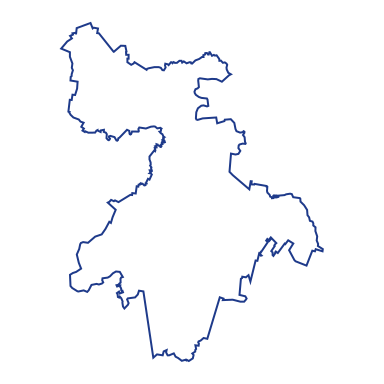 Medellín, Veracruz, Mexico
{"feature_id": "50627088B273730145329", "entity_name": "Medellín", "entity_type": "district", "adm_level": 2, "iso_a3": "MEX", "parent_name": "Mexico", "parent_adm1": "Veracruz", "projection": "orthographic", "projection_center": [-96.165, 18.992], "detail": "fine", "context": "isolated", "style": "outline", "palette": "blue", "viewbox_px": 384, "rotation_deg": 0, "n_neighbors": 0, "source": "geoboundaries", "source_scale": "gbopen_adm2", "svg_char_len": 5941}
<svg xmlns="http://www.w3.org/2000/svg" viewBox="0 0 384 384"><path d="M224.4,121.1L217.2,123.3L216.2,117.5L202.7,118.4L197.6,119.9L196.4,119.5L195.9,118.3L196.3,112.2L197.9,108.3L201.3,105.7L203.6,105.4L207.0,106.4L208.3,105.9L207.5,99.6L206.9,98.5L201.5,97.9L198.9,97.0L195.8,94.8L194.7,92.9L194.5,91.6L195.5,89.2L197.6,88.4L198.9,87.1L198.2,80.6L198.4,79.0L199.9,78.3L207.8,79.4L212.0,78.9L216.4,79.1L221.9,81.7L229.0,75.3L230.9,74.3L228.3,72.8L226.7,69.4L226.5,67.5L227.2,64.8L226.5,63.6L224.8,62.4L222.9,62.8L220.9,60.6L219.4,60.8L219.2,58.9L216.6,55.3L214.9,55.6L213.9,54.9L212.0,55.8L209.9,52.2L209.4,52.2L208.7,54.5L208.0,54.5L206.9,53.0L205.3,53.1L205.0,54.5L203.3,55.2L203.5,57.0L202.0,57.0L199.1,59.0L195.4,60.4L192.1,63.6L191.2,63.4L190.8,62.3L189.6,62.2L186.6,63.3L183.8,61.4L182.2,62.6L181.5,60.8L179.4,60.8L177.0,62.8L174.9,62.9L173.7,62.1L172.5,63.2L171.9,62.3L171.0,62.2L168.6,65.1L167.8,64.3L165.3,63.7L165.0,65.4L165.6,67.5L163.9,70.3L162.4,70.1L160.8,67.8L158.6,67.1L154.5,67.1L149.0,68.2L147.1,68.8L146.6,69.8L134.5,62.2L133.6,63.5L131.2,64.8L127.4,62.2L127.4,58.7L128.6,58.7L128.6,54.8L126.2,54.8L126.0,51.9L126.5,51.6L125.3,45.9L120.9,45.7L113.8,51.8L113.4,51.5L98.9,33.3L97.2,33.1L98.0,28.5L93.7,27.7L92.7,28.4L90.5,23.0L76.7,28.1L76.0,34.4L76.0,32.7L72.5,33.3L73.0,34.6L70.1,35.9L71.9,38.4L67.2,41.5L61.2,48.6L69.9,52.2L69.9,56.8L72.4,63.5L71.8,67.8L72.9,70.3L71.7,74.1L71.6,76.1L70.7,76.9L70.5,80.5L77.6,81.7L77.1,88.6L75.1,95.0L72.5,94.7L71.7,100.0L69.8,99.8L68.4,111.6L69.5,112.0L69.2,112.4L70.6,114.8L73.4,117.5L78.8,119.5L80.5,121.6L83.6,122.7L81.3,126.8L83.9,128.6L82.5,130.6L84.8,132.0L85.2,131.3L88.4,132.7L95.1,132.6L96.5,130.6L97.5,130.1L97.5,130.5L100.6,132.0L100.8,130.4L103.9,129.8L103.8,131.9L105.9,132.7L106.8,134.2L106.5,138.2L108.0,139.9L108.8,140.2L109.6,139.5L110.0,138.7L109.0,137.2L109.0,136.4L110.4,135.9L114.5,137.1L116.4,140.4L117.2,140.7L118.0,140.0L118.3,138.3L119.5,137.6L127.0,129.8L129.3,130.9L129.5,133.4L129.8,134.2L130.5,134.5L131.1,134.1L132.1,131.5L138.5,131.6L138.8,131.1L138.4,129.0L139.3,127.5L145.9,128.5L150.9,126.7L153.9,126.4L155.1,126.6L157.3,128.4L160.3,127.8L161.5,128.6L161.0,129.3L160.9,131.4L161.4,131.4L159.6,131.7L160.8,133.2L162.4,134.2L163.4,136.4L164.2,137.0L163.2,137.3L163.1,138.7L163.7,138.8L163.5,139.8L164.4,140.7L164.9,142.2L164.4,142.4L163.4,140.8L162.6,140.6L163.1,141.7L162.2,141.8L161.8,142.7L162.6,143.2L162.6,144.0L161.6,144.1L160.6,145.2L161.5,146.1L160.9,147.0L160.3,146.9L159.6,145.7L157.8,145.6L157.7,144.6L156.5,144.2L156.6,145.7L155.2,146.2L156.3,147.5L154.7,147.9L155.4,150.3L155.1,151.2L154.2,150.5L149.5,156.5L149.5,159.5L150.6,162.4L150.7,164.7L150.1,165.6L151.4,167.3L151.0,167.9L151.9,171.0L151.1,171.8L150.5,171.4L150.8,170.2L149.7,170.3L150.5,172.5L149.7,173.2L150.9,173.4L151.8,174.5L149.5,179.6L148.0,178.8L146.1,182.7L146.5,183.4L145.6,183.5L145.6,185.0L145.1,185.3L144.3,185.4L142.5,183.7L141.5,184.0L140.8,183.2L139.8,183.9L139.8,184.6L138.6,184.7L138.3,186.6L136.7,186.3L135.7,193.5L132.3,193.1L132.1,195.0L130.4,194.8L118.5,202.1L115.0,200.4L113.9,201.2L111.1,199.9L109.4,201.8L107.8,202.6L115.7,209.8L112.6,217.2L110.9,222.9L109.3,221.8L105.5,228.9L101.7,234.4L95.2,236.6L88.0,242.8L83.1,242.1L80.9,243.0L80.2,244.2L79.2,249.0L76.8,254.5L78.8,262.8L81.1,268.6L76.2,271.9L72.9,273.0L70.0,274.8L70.5,286.0L72.2,288.0L77.3,291.2L78.3,291.5L83.7,290.4L87.2,291.9L88.7,290.3L91.5,284.9L96.6,283.9L98.9,284.5L102.0,283.5L103.2,282.4L102.2,280.2L102.5,278.3L107.7,277.6L110.0,276.3L112.9,273.3L116.0,271.5L119.8,271.9L122.8,277.0L121.2,277.5L120.5,278.7L120.6,282.6L119.2,283.7L119.1,284.5L116.5,285.2L117.1,286.5L120.3,285.5L120.2,286.9L121.1,288.3L121.3,290.5L121.9,291.2L122.5,290.9L123.0,292.3L119.7,293.5L119.0,291.6L116.9,293.1L117.6,294.4L117.9,297.0L119.2,297.6L119.8,296.6L121.3,298.3L122.6,301.4L122.4,302.7L123.0,306.5L124.4,308.5L127.9,304.8L128.6,303.1L127.1,299.4L127.8,298.4L135.1,297.4L137.8,294.5L139.0,290.7L143.4,291.4L153.3,357.7L157.0,354.4L162.7,355.3L163.7,351.4L166.6,350.1L166.1,352.4L167.6,355.3L169.2,355.3L173.8,353.4L175.6,356.7L178.1,358.0L181.8,360.8L185.1,359.9L186.1,360.3L186.1,359.7L186.5,359.7L188.8,361.0L192.8,358.4L193.6,355.0L192.3,353.5L195.2,351.6L195.3,349.9L196.1,349.0L195.4,345.3L198.6,345.7L198.9,343.7L198.2,342.3L198.6,341.4L200.6,340.6L203.6,338.0L207.3,338.8L219.8,297.3L223.5,298.6L222.9,300.1L232.7,299.7L240.5,301.7L244.1,301.7L246.1,299.4L246.6,298.5L245.3,296.3L239.5,294.9L240.9,278.8L242.1,278.0L242.3,276.7L245.9,277.3L248.5,275.2L250.4,281.6L255.6,260.5L257.4,260.8L259.1,253.7L260.9,255.7L261.5,255.5L259.4,253.5L260.8,251.9L261.0,252.2L267.8,242.1L266.2,240.6L267.3,239.0L269.3,240.9L270.3,239.7L269.6,238.9L270.8,237.4L276.3,243.1L274.8,244.5L274.3,245.7L274.7,246.1L271.3,251.1L272.6,252.4L272.6,255.1L273.4,255.9L275.7,252.6L275.3,252.2L275.8,251.5L277.8,253.0L284.7,243.6L285.3,244.1L288.2,240.3L293.3,243.5L289.1,250.2L294.4,260.1L295.6,261.3L306.5,265.6L312.3,250.7L315.0,251.3L315.7,249.2L322.5,251.3L322.8,249.1L317.9,246.0L318.1,243.9L316.7,240.5L317.2,236.4L315.4,231.1L315.5,227.3L313.3,225.5L313.3,223.3L312.5,221.6L309.9,220.8L309.1,217.3L307.5,215.2L307.1,209.9L304.1,205.2L300.5,201.6L300.3,198.7L299.8,198.1L293.2,197.2L291.8,194.1L290.1,193.7L286.2,194.3L284.5,195.1L278.8,195.6L278.4,196.9L277.6,197.1L277.7,195.7L276.6,195.5L276.1,195.9L276.2,197.4L275.3,197.4L275.2,195.5L273.8,195.4L273.3,195.8L273.3,198.1L272.0,198.2L272.0,197.3L270.2,196.6L269.6,194.8L267.4,192.6L267.0,190.9L267.3,186.9L266.6,186.7L266.6,186.0L254.6,183.9L254.3,184.5L251.3,184.4L251.7,181.3L250.7,181.2L249.3,189.3L232.8,175.2L229.5,171.8L231.0,153.6L235.5,154.5L238.4,153.9L240.3,150.9L238.4,148.1L238.7,145.5L239.5,144.5L242.7,143.6L245.4,143.9L245.7,143.4L245.0,141.7L244.6,137.2L243.0,135.0L244.4,132.8L244.4,131.7L243.6,131.2L242.6,132.2L240.1,132.6L236.5,131.2L235.5,129.0L234.3,122.9L230.8,119.2L224.8,119.7L224.4,121.1Z" fill="none" stroke="#1e3a8a" stroke-width="2"/></svg>